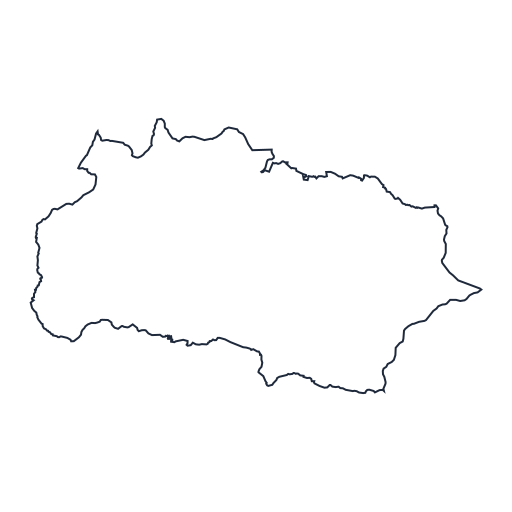 outline of Juchipila, Zacatecas, Mexico
{"feature_id": "50627088B56819749517987", "entity_name": "Juchipila", "entity_type": "district", "adm_level": 2, "iso_a3": "MEX", "parent_name": "Mexico", "parent_adm1": "Zacatecas", "projection": "orthographic", "projection_center": [-103.133, 21.378], "detail": "fine", "context": "isolated", "style": "outline", "palette": "slate", "viewbox_px": 512, "rotation_deg": 0, "n_neighbors": 0, "source": "geoboundaries", "source_scale": "gbopen_adm2", "svg_char_len": 6001}
<svg xmlns="http://www.w3.org/2000/svg" viewBox="0 0 512 512"><path d="M78.2,168.1L79.1,168.6L82.7,168.1L84.7,169.2L87.2,169.2L87.2,170.9L88.6,172.8L89.6,172.8L91.2,174.3L94.9,174.4L96.3,177.0L95.5,184.5L93.2,189.5L89.1,192.3L83.3,195.2L81.5,197.4L77.1,201.2L74.8,202.2L72.4,204.6L69.1,203.7L66.3,203.9L57.5,209.4L54.8,208.8L53.5,209.0L52.1,209.8L50.7,213.0L48.5,216.4L45.0,219.4L43.5,219.1L42.3,220.0L41.5,221.6L37.3,224.1L36.8,225.8L37.4,228.3L36.2,233.0L36.8,233.7L35.7,237.1L35.9,237.9L36.8,237.9L36.1,241.9L38.3,244.6L39.5,247.9L38.2,252.8L38.7,253.5L37.4,256.4L37.9,260.2L37.4,265.5L38.5,267.8L37.5,268.7L37.2,270.0L37.8,272.6L39.2,273.6L39.4,274.3L41.0,275.1L42.1,277.2L41.9,277.8L40.5,278.2L40.2,278.8L40.9,279.9L41.1,281.2L39.5,282.1L38.8,285.3L37.7,285.5L37.5,286.7L36.2,288.0L36.0,289.8L35.0,289.8L35.4,292.0L34.0,293.8L34.0,297.2L32.3,297.9L31.9,298.7L32.2,299.5L33.6,300.3L30.7,302.6L32.1,308.0L34.2,310.8L36.3,312.6L36.7,314.7L37.5,316.3L37.3,317.2L38.4,319.6L41.5,323.6L42.6,324.0L42.7,326.2L44.0,328.4L46.0,329.3L47.0,330.6L48.1,330.8L48.6,331.8L49.9,332.2L51.3,334.1L52.7,334.3L52.9,335.4L56.8,336.2L57.9,337.1L59.2,337.2L60.6,336.4L61.6,336.5L67.3,337.9L70.5,339.7L71.2,341.3L73.8,341.2L78.9,337.3L81.0,334.7L81.4,332.0L82.6,329.8L84.2,328.3L85.4,326.3L87.7,324.5L91.5,322.9L95.1,323.1L97.1,322.6L99.7,321.7L100.8,320.0L102.2,319.8L107.9,320.0L111.4,322.4L111.8,324.6L114.0,327.1L114.9,327.8L118.1,328.8L121.6,326.1L122.5,326.0L123.9,326.8L127.4,327.4L128.7,327.1L132.7,324.4L137.1,327.9L137.6,329.9L138.8,331.2L141.9,330.2L144.8,330.1L145.8,330.4L148.4,333.4L152.0,335.1L160.0,334.8L162.8,336.8L165.2,336.6L165.9,335.8L167.4,336.3L167.7,335.8L168.2,336.3L169.0,335.7L169.6,336.4L171.1,336.2L171.2,336.9L170.0,336.7L169.6,337.7L168.2,337.6L167.8,338.4L168.0,338.9L171.4,338.9L172.3,339.5L172.3,340.2L171.1,340.8L171.1,341.7L174.4,342.2L175.6,341.4L183.2,339.8L187.6,341.0L187.5,343.3L186.6,344.8L187.6,345.7L190.7,345.2L192.8,342.7L195.8,344.3L197.3,344.5L199.2,344.7L201.8,344.1L206.5,344.4L207.7,343.8L208.2,342.6L209.4,342.2L209.7,341.1L211.3,341.0L213.0,339.5L214.5,340.2L216.2,340.1L217.7,337.9L219.8,337.9L225.1,339.4L230.4,342.1L243.1,347.2L246.4,347.6L249.5,348.5L250.8,349.1L251.2,349.9L253.3,349.2L257.1,351.4L258.9,351.6L260.0,353.6L260.0,354.8L261.0,354.7L261.5,355.9L261.4,359.6L262.3,362.7L261.5,366.8L259.4,369.2L258.5,371.5L258.5,372.3L263.3,376.1L265.5,381.2L266.7,382.9L266.2,383.7L267.1,385.3L268.3,385.9L272.3,384.8L273.4,383.1L276.4,380.0L277.2,378.0L279.3,376.8L286.8,375.0L288.2,373.9L289.6,374.3L292.4,373.9L293.5,373.0L294.5,373.1L295.8,373.8L296.8,373.5L298.2,373.7L300.2,375.4L303.6,375.8L303.5,376.9L307.0,378.0L309.7,377.8L311.2,378.8L311.8,381.2L314.2,381.2L313.9,382.2L314.5,383.4L319.6,386.0L324.5,387.7L327.3,387.4L329.7,385.0L330.5,385.0L332.3,386.6L335.7,387.1L338.6,386.7L340.3,388.1L342.9,388.3L345.7,389.8L352.8,391.1L354.4,390.8L356.7,391.2L359.0,392.5L363.2,393.1L365.3,392.8L365.9,391.3L367.3,389.9L369.3,389.7L373.7,391.0L374.9,392.4L379.6,390.1L382.8,389.9L383.9,390.9L383.4,388.8L385.5,383.7L385.6,382.1L384.3,376.8L383.0,374.3L382.8,371.0L383.6,368.6L386.3,366.8L387.7,364.0L391.7,362.0L393.9,359.8L395.4,355.1L395.7,347.8L399.7,343.1L402.7,341.5L403.4,338.8L404.0,330.6L405.1,329.0L408.4,326.2L412.4,323.9L413.9,323.8L419.1,321.8L424.4,320.9L426.0,320.1L433.3,310.9L436.6,308.5L438.3,306.2L442.5,304.5L445.1,304.3L446.6,303.7L450.1,299.9L456.2,299.9L460.2,301.0L464.6,300.3L466.5,299.0L469.4,295.5L470.7,294.7L473.9,293.1L477.6,292.4L481.3,289.6L479.9,288.5L458.2,280.4L453.1,275.4L449.5,272.5L442.3,263.0L441.8,260.8L442.0,259.7L443.7,257.8L445.7,252.9L445.8,244.0L444.2,241.0L444.0,239.5L444.8,236.1L446.5,233.5L446.3,229.9L447.5,227.2L447.3,226.2L445.5,225.2L445.1,224.6L443.1,218.4L441.1,216.3L439.5,215.3L438.0,213.5L437.5,210.7L438.2,208.4L435.9,205.3L434.5,205.3L434.5,207.0L424.8,207.6L421.9,208.6L417.9,207.4L417.4,207.8L416.6,207.3L415.9,207.9L412.6,206.3L411.4,206.6L409.5,205.0L408.2,205.2L407.2,204.7L405.9,205.0L404.8,204.1L402.6,203.5L400.2,199.8L398.0,197.9L397.5,198.5L395.4,198.9L394.7,198.6L392.6,195.2L391.1,193.9L390.0,192.1L386.7,191.6L386.1,189.3L385.7,188.6L385.1,188.5L385.0,187.7L383.1,187.1L383.5,185.1L381.9,184.1L377.8,178.5L374.9,176.7L371.0,176.6L369.9,177.3L367.1,175.6L364.5,175.2L364.0,175.4L363.9,177.9L362.1,180.6L361.1,180.2L361.0,178.7L358.9,177.4L358.6,177.9L353.0,175.6L350.2,175.2L342.7,178.4L342.0,176.8L338.7,176.3L335.0,173.7L330.7,171.9L326.2,172.0L326.9,176.2L324.4,176.9L321.8,176.2L318.6,176.2L316.4,178.4L315.2,176.6L314.3,176.9L313.6,176.2L312.2,176.8L308.8,176.1L307.6,180.1L303.8,179.6L303.2,176.5L304.4,177.2L306.5,176.2L306.0,175.0L303.4,174.2L296.4,170.9L296.0,168.6L292.0,168.0L291.3,168.3L286.6,164.0L287.4,163.6L287.6,162.3L284.8,162.3L283.2,161.3L282.3,161.4L280.2,163.2L278.1,163.9L276.2,163.1L274.4,163.4L272.9,162.8L269.1,171.7L264.7,170.2L263.1,172.0L261.8,172.3L261.3,171.8L263.5,170.3L265.4,167.8L267.0,161.4L267.8,160.0L269.6,159.3L271.9,159.3L273.8,157.8L273.9,156.1L272.4,153.8L271.6,151.8L271.7,149.6L252.3,150.2L248.2,144.1L245.2,137.4L243.1,134.1L238.9,132.0L237.2,129.3L228.7,127.5L224.4,129.4L223.7,131.0L222.6,131.8L221.5,133.5L216.3,137.2L213.1,138.4L212.6,139.0L210.6,138.8L204.4,140.1L194.4,136.8L192.5,136.6L189.6,137.2L185.5,136.8L182.5,138.3L179.3,141.4L177.0,140.5L175.8,139.1L172.5,138.4L168.5,132.6L167.6,129.8L165.3,128.1L164.8,127.1L164.8,123.6L163.7,120.8L161.3,118.9L157.1,119.6L156.7,122.3L154.8,125.9L155.1,127.8L153.3,131.5L154.0,134.0L153.6,135.3L152.5,135.9L151.7,139.1L151.3,143.5L151.8,145.4L150.1,146.9L148.3,149.8L144.9,152.6L143.4,154.6L140.9,156.4L137.9,157.7L135.8,157.3L132.7,156.1L131.9,155.2L132.5,153.3L131.7,150.0L129.0,146.5L127.9,145.7L124.7,144.7L123.2,142.8L112.0,140.9L110.4,141.0L108.4,140.1L106.4,140.0L102.3,140.7L101.1,140.0L100.7,137.6L98.9,134.8L98.0,134.4L97.6,131.4L96.1,133.5L94.5,139.6L92.9,141.8L92.3,145.3L90.3,147.4L86.9,155.2L86.0,155.7L80.9,162.7L78.2,168.1Z" fill="none" stroke="#1e293b" stroke-width="2"/></svg>